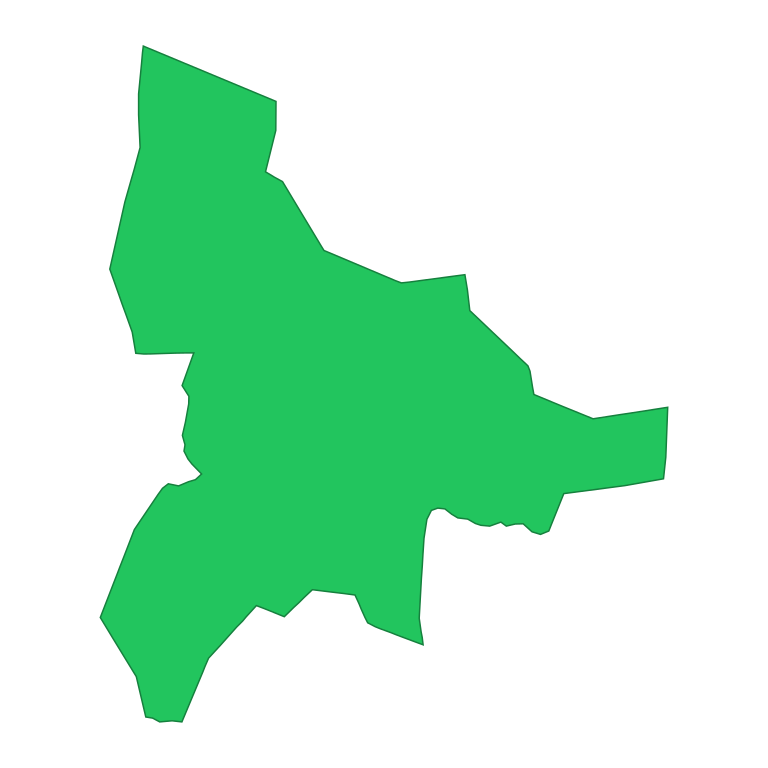 Picos, Piauí, Brazil (Albers equal-area conic projection)
{"feature_id": "56859067B73574767858251", "entity_name": "Picos", "entity_type": "district", "adm_level": 2, "iso_a3": "BRA", "parent_name": "Brazil", "parent_adm1": "Piauí", "projection": "albers", "projection_center": [-41.518, -7.049], "detail": "fine", "context": "isolated", "style": "filled", "palette": "green", "viewbox_px": 768, "rotation_deg": 0, "n_neighbors": 0, "source": "geoboundaries", "source_scale": "gbopen_adm2", "svg_char_len": 1759}
<svg xmlns="http://www.w3.org/2000/svg" viewBox="0 0 768 768"><path d="M423.1,644.8L422.2,637.3L421.1,631.7L419.2,618.2L421.4,578.5L422.3,565.7L422.9,555.1L424.0,538.3L426.9,519.3L431.4,510.4L437.8,508.1L444.9,508.9L451.8,514.3L457.8,517.9L467.7,519.1L475.4,523.5L480.9,525.3L489.7,526.1L500.9,522.1L506.3,526.1L515.3,524.0L523.2,523.8L532.0,531.8L540.5,534.4L548.8,531.0L551.3,524.7L563.8,493.6L625.0,485.6L663.5,478.8L665.8,457.2L667.7,407.3L629.8,413.2L620.3,414.6L593.1,418.8L563.1,406.6L551.7,401.9L533.9,394.5L532.6,387.5L530.0,371.2L527.9,365.8L520.0,358.4L513.9,352.5L469.8,310.6L467.4,289.8L464.9,274.7L453.4,276.2L409.1,282.1L401.4,282.9L395.3,280.6L324.0,250.5L321.2,246.0L316.7,238.5L299.3,209.6L282.5,181.6L274.6,177.3L265.5,171.8L275.8,130.4L276.0,101.4L143.3,46.1L142.5,52.6L141.6,62.9L139.2,87.8L138.6,93.9L138.6,114.8L140.1,147.5L134.2,169.4L131.3,179.4L124.9,201.9L109.8,269.1L119.0,295.1L122.2,304.3L125.7,313.8L132.2,332.0L135.8,353.3L143.9,354.0L151.0,353.9L162.8,353.5L175.2,353.1L187.1,352.9L193.8,352.9L182.1,385.6L188.9,396.3L188.7,404.0L185.4,422.3L182.4,435.4L185.0,444.8L184.0,451.1L188.0,459.0L191.9,464.0L201.6,474.0L195.4,479.7L188.6,481.7L178.6,485.9L168.3,483.8L162.5,488.3L158.1,494.4L134.4,529.5L123.7,557.2L119.6,567.6L117.6,572.9L115.3,578.8L100.3,617.5L113.2,638.8L136.3,676.6L145.8,717.0L152.6,718.1L159.7,721.9L172.1,720.8L181.9,721.9L202.8,672.0L204.8,666.9L208.6,658.1L220.4,645.3L236.8,626.9L242.6,621.1L246.1,616.9L256.4,605.6L264.3,608.6L284.3,616.7L294.0,607.2L298.9,602.7L304.2,597.4L312.4,589.7L331.0,592.0L343.7,593.5L355.0,595.0L359.1,603.9L361.3,609.3L365.0,617.5L367.7,622.8L375.2,626.7L380.9,629.0L390.8,632.6L397.3,635.2L415.5,642.0L423.1,644.8Z" fill="#22c55e" stroke="#15803d" stroke-width="1.5"/></svg>